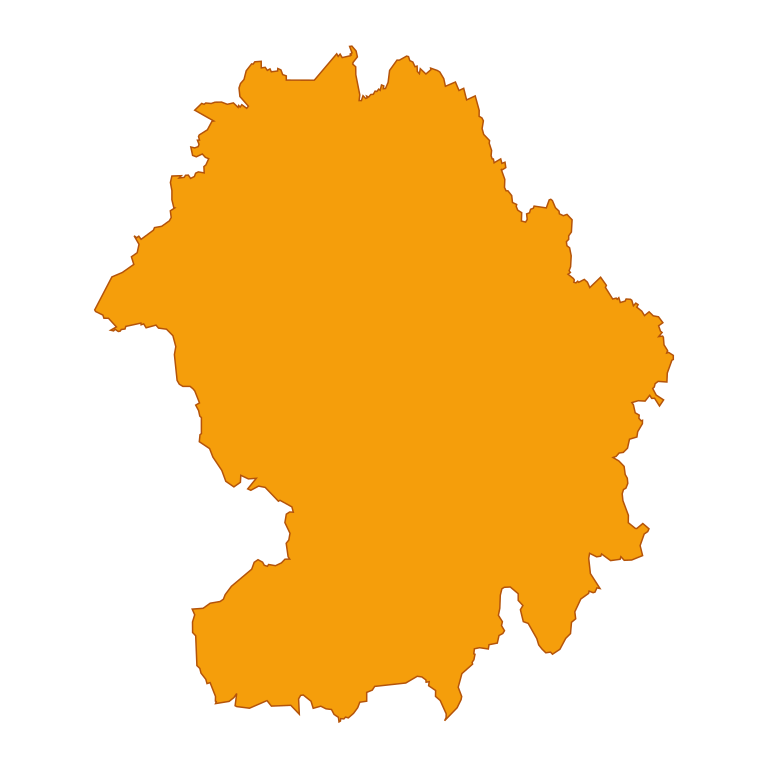 the district of Chignahuapan, Puebla, Mexico
{"feature_id": "50627088B41950768169543", "entity_name": "Chignahuapan", "entity_type": "district", "adm_level": 2, "iso_a3": "MEX", "parent_name": "Mexico", "parent_adm1": "Puebla", "projection": "equal_earth", "projection_center": [-98.119, 19.821], "detail": "fine", "context": "isolated", "style": "filled", "palette": "amber", "viewbox_px": 768, "rotation_deg": 0, "n_neighbors": 0, "source": "geoboundaries", "source_scale": "gbopen_adm2", "svg_char_len": 6052}
<svg xmlns="http://www.w3.org/2000/svg" viewBox="0 0 768 768"><path d="M192.2,609.1L194.7,614.8L192.5,622.0L192.6,632.5L195.7,635.8L196.9,665.6L199.8,668.4L201.0,673.1L205.8,679.3L207.0,683.6L210.1,682.6L215.5,696.4L215.4,701.1L216.3,701.6L215.5,703.6L229.1,701.4L233.9,697.6L236.7,693.5L235.1,705.7L236.8,706.6L249.5,708.2L267.0,700.6L271.4,706.1L290.8,705.3L299.3,714.2L298.6,698.9L300.6,695.4L303.3,695.0L311.0,701.2L313.2,708.3L320.8,706.2L326.0,708.8L331.5,709.5L334.1,714.5L338.4,717.3L339.0,721.9L340.4,721.1L340.7,718.6L343.9,718.9L345.5,717.1L348.3,717.9L353.5,713.4L357.7,707.7L359.8,702.2L366.7,701.2L366.7,692.4L372.3,690.1L374.7,686.4L405.8,683.0L417.2,676.3L421.8,676.9L425.9,679.9L426.1,682.2L429.2,681.7L428.6,685.7L435.6,690.5L435.5,696.4L440.2,700.5L446.2,713.8L446.1,717.6L444.6,720.7L457.1,707.8L461.1,699.6L461.7,696.5L458.2,687.2L461.9,673.6L472.6,664.1L472.1,662.4L473.9,659.7L475.0,654.3L473.8,653.8L474.4,648.8L479.6,647.7L488.3,649.0L489.0,644.7L497.3,643.1L499.0,635.5L502.8,633.5L504.5,630.7L501.5,625.6L502.4,621.7L498.4,615.3L499.8,608.3L500.3,595.2L501.9,588.8L504.3,587.3L510.3,587.0L518.2,593.7L518.2,600.4L522.9,605.5L520.4,609.7L523.3,621.6L528.2,623.4L536.8,638.6L538.7,644.9L542.1,649.2L545.8,652.8L550.5,652.1L552.5,654.2L559.9,649.3L565.7,638.4L570.5,633.6L571.5,622.3L575.7,618.8L574.8,611.8L580.8,599.0L588.6,593.4L589.1,591.1L593.1,592.7L595.0,592.1L596.9,587.9L600.0,588.5L590.4,573.6L588.7,558.4L589.6,553.3L596.6,556.8L600.7,556.2L601.6,554.0L610.6,560.6L620.1,559.3L620.9,556.7L624.2,560.3L631.7,560.0L642.6,555.6L640.1,545.6L644.2,534.0L647.7,531.6L649.0,528.8L642.8,523.5L636.8,528.5L635.3,528.4L628.3,522.7L628.4,515.3L622.9,500.6L622.2,493.8L623.5,489.5L625.9,488.2L627.8,483.4L627.3,478.2L625.2,474.5L624.1,466.4L618.9,461.0L613.0,457.5L616.1,456.4L619.1,453.0L623.3,452.4L627.5,448.2L629.5,439.2L636.9,437.0L637.7,431.7L642.4,423.7L642.5,420.3L641.1,420.8L638.9,418.3L639.2,415.1L635.2,412.8L633.4,404.8L631.9,402.6L638.2,400.7L645.1,401.1L649.7,395.3L651.7,398.4L654.6,398.3L659.5,406.0L663.6,399.9L656.2,395.1L652.7,388.5L654.3,387.0L655.1,383.7L658.1,381.4L666.9,382.0L667.3,373.0L671.9,360.2L673.3,359.5L673.3,355.4L668.6,352.4L666.7,353.0L667.6,350.6L664.0,344.8L663.4,337.3L662.6,336.1L658.7,336.6L662.1,332.5L660.5,331.2L658.6,325.8L662.9,322.7L658.5,316.8L653.2,315.8L649.1,311.8L644.5,315.6L641.8,311.2L636.8,307.2L638.1,304.6L635.8,303.1L633.4,305.8L631.8,300.3L630.5,299.3L626.1,299.0L625.1,301.1L620.3,302.5L618.8,297.7L617.2,299.3L616.2,298.1L612.7,299.0L605.4,287.4L606.4,285.4L600.6,277.2L589.8,287.6L587.4,282.2L584.3,279.4L578.7,282.3L577.7,281.2L575.9,282.9L573.8,282.2L574.3,279.9L573.4,278.5L568.0,274.2L570.4,272.5L569.1,270.7L570.6,266.7L571.2,255.8L569.6,247.8L566.9,245.7L566.4,241.7L568.7,239.4L568.7,235.8L571.4,232.0L572.1,219.8L567.0,214.4L563.3,215.7L559.4,213.8L559.0,211.1L555.4,207.7L552.4,200.6L550.8,199.3L549.2,199.9L546.3,207.9L534.1,206.1L533.4,208.2L530.6,209.3L529.5,212.8L526.6,213.9L527.2,219.4L525.6,222.1L521.4,221.0L521.7,212.7L517.7,210.1L516.2,206.4L516.7,204.5L512.5,202.5L511.7,195.6L507.9,190.8L506.1,190.8L504.5,187.5L504.8,179.4L501.1,169.0L502.1,169.9L505.8,167.6L505.0,162.2L501.9,163.4L500.7,158.9L494.1,162.8L493.4,159.0L492.2,158.9L491.1,155.7L491.6,150.5L489.2,143.2L489.6,140.6L483.7,134.4L482.1,128.6L483.4,120.8L481.9,117.9L479.1,116.3L479.2,110.4L475.2,95.9L466.6,99.9L463.7,88.3L459.0,90.5L455.4,82.0L445.4,86.3L443.8,78.7L439.8,72.0L437.4,70.5L430.6,68.1L430.9,69.7L425.9,74.0L420.3,68.7L419.4,73.7L417.3,71.4L417.1,66.1L415.0,66.7L412.8,62.0L409.8,60.6L408.5,56.6L406.6,56.1L399.3,60.2L397.0,60.1L389.6,70.4L388.1,82.4L385.5,88.5L383.3,88.7L383.8,85.9L381.5,85.0L380.2,90.3L378.7,89.1L376.8,91.5L375.1,91.1L373.3,94.3L370.8,94.5L368.6,97.1L366.6,96.1L367.2,97.8L365.7,98.5L363.0,95.7L361.4,100.6L359.1,100.6L359.8,94.9L355.8,74.7L355.7,66.8L352.8,64.2L353.0,62.5L357.4,56.9L356.1,51.0L351.9,46.1L349.6,46.4L352.0,52.9L350.2,54.1L351.3,55.0L350.5,55.7L342.2,57.6L340.1,54.1L338.2,56.4L336.7,53.8L314.3,80.2L286.3,80.1L286.3,75.9L282.7,74.6L280.9,69.9L277.8,68.5L277.6,71.0L271.3,71.8L270.0,68.9L267.3,70.4L265.2,67.3L261.3,67.9L261.2,61.3L254.8,61.8L253.1,64.1L251.6,63.9L246.2,70.8L244.0,79.5L240.5,83.5L239.0,88.0L239.9,96.5L248.4,106.2L246.7,108.3L241.8,104.7L240.1,107.1L238.7,105.5L238.1,107.4L233.4,102.9L227.3,104.3L221.6,102.1L215.0,102.2L211.2,103.5L205.7,103.0L204.1,104.3L201.7,103.4L194.7,110.2L213.8,121.0L211.9,121.4L207.4,129.8L199.3,134.9L198.5,136.5L199.5,140.1L197.4,140.2L199.0,144.3L198.2,146.6L194.7,147.9L190.8,147.0L192.6,155.4L196.3,156.8L202.3,154.0L205.3,157.3L208.7,158.7L205.9,164.9L203.9,166.6L204.2,172.9L198.3,171.9L195.6,173.2L194.4,176.5L190.6,178.4L188.3,175.1L185.5,175.3L184.2,177.4L179.1,178.0L181.3,175.7L171.9,176.0L170.4,182.5L171.9,190.6L171.9,199.8L173.8,207.6L174.8,207.9L170.3,210.8L171.2,217.5L169.4,220.8L161.7,226.3L154.5,227.6L153.4,230.2L141.1,239.3L138.8,236.2L136.7,237.7L134.1,235.8L139.0,244.3L137.2,252.7L131.4,256.8L133.8,264.4L122.3,272.5L111.9,276.9L94.7,309.9L95.6,311.5L102.9,315.1L103.9,318.2L108.5,318.3L116.4,326.9L110.6,330.2L113.6,330.9L115.1,329.3L118.3,331.5L120.1,331.2L121.3,329.5L125.0,329.0L125.8,326.4L140.9,323.1L141.1,324.8L143.7,323.9L146.1,327.8L156.0,325.1L158.5,328.1L166.5,329.2L169.5,332.2L172.9,335.7L175.8,346.6L174.4,354.6L177.1,380.4L179.3,384.2L182.9,386.4L190.1,386.4L193.0,388.8L194.8,391.0L199.5,402.9L195.7,405.1L198.6,410.6L199.8,416.1L201.4,417.6L201.4,433.6L200.0,434.7L199.3,441.7L209.6,448.6L212.9,457.1L221.8,470.4L225.8,481.3L233.9,486.9L240.4,482.3L240.8,475.3L248.4,478.9L256.3,478.3L247.7,488.9L250.8,490.3L258.6,486.1L265.2,487.4L278.4,501.2L280.0,500.3L291.9,506.9L293.3,512.2L289.6,512.0L286.3,514.2L284.9,522.6L290.0,533.3L288.8,540.0L286.2,543.3L288.1,556.7L289.7,559.1L285.0,559.2L281.4,562.9L275.5,565.7L268.6,564.5L267.4,566.3L264.3,565.3L262.6,562.2L258.0,559.7L254.2,562.3L251.7,569.2L231.4,586.3L225.2,594.6L223.4,599.2L220.1,601.5L210.2,603.2L203.1,608.3L192.2,609.1Z" fill="#f59e0b" stroke="#b45309" stroke-width="1.5"/></svg>